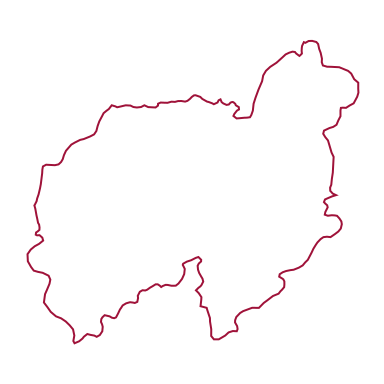 outline of Gomel, Gomel, Belarus, rotated 273°
{"feature_id": "67162791B13261784360532", "entity_name": "Gomel", "entity_type": "district", "adm_level": 2, "iso_a3": "BLR", "parent_name": "Belarus", "parent_adm1": "Gomel", "projection": "albers", "projection_center": [30.956, 52.323], "detail": "fine", "context": "isolated", "style": "outline", "palette": "rose", "viewbox_px": 384, "rotation_deg": 273, "n_neighbors": 0, "source": "geoboundaries", "source_scale": "gbopen_adm2", "svg_char_len": 4085}
<svg xmlns="http://www.w3.org/2000/svg" viewBox="0 0 384 384"><g transform="rotate(273 192 192)"><path d="M170.4,35.3L167.1,36.4L164.5,37.0L160.6,37.9L157.4,38.8L153.1,39.9L151.5,41.0L148.6,41.6L146.2,41.6L144.6,40.0L143.4,38.4L141.2,38.2L140.6,39.5L140.9,42.0L138.6,44.9L135.7,45.9L132.2,42.0L129.6,37.8L126.1,34.0L121.3,31.0L114.2,31.7L108.7,35.2L105.2,38.1L104.2,42.3L103.5,47.1L100.9,53.2L97.1,55.1L92.9,54.5L86.5,52.2L82.3,50.6L73.9,49.9L69.4,53.7L64.9,57.2L60.7,62.7L59.0,67.9L56.1,72.7L52.5,76.8L48.6,80.4L42.5,82.0L37.0,81.3L34.8,82.6L37.0,87.1L39.9,90.3L41.8,91.6L44.7,94.9L44.0,98.1L43.5,102.0L42.4,104.4L44.3,107.4L48.2,109.7L52.7,109.9L55.2,109.1L57.5,107.9L60.4,108.1L62.2,109.1L64.4,111.2L63.5,116.3L62.3,118.5L61.9,120.9L62.8,122.7L66.7,124.5L70.9,126.2L72.6,127.3L75.1,128.7L77.4,132.1L78.7,135.9L78.5,138.7L78.2,140.7L79.4,143.1L83.3,143.7L85.5,143.3L89.6,145.1L91.3,147.7L91.2,150.5L92.1,152.4L94.2,155.0L95.8,157.5L97.9,160.5L98.0,162.6L96.8,164.7L95.5,166.2L96.6,167.7L97.9,170.5L97.9,172.7L97.3,176.5L97.6,180.7L99.9,183.3L104.7,186.6L109.6,188.5L114.8,188.8L117.0,187.6L118.7,186.6L119.9,186.9L122.2,190.5L123.8,194.7L126.4,199.2L127.4,201.8L124.8,204.7L123.1,204.7L120.9,202.5L118.6,201.5L114.7,202.1L111.5,203.4L107.9,205.7L106.0,207.0L103.1,207.9L99.5,206.3L98.2,205.3L96.6,203.4L94.0,201.1L91.4,204.0L87.5,206.9L84.9,206.9L78.4,206.5L77.1,212.7L74.5,213.6L67.1,216.5L63.5,216.8L56.0,218.4L49.2,218.7L46.0,221.6L46.3,226.5L50.4,232.7L53.7,235.9L55.3,240.1L55.3,244.0L57.5,244.7L60.4,244.1L64.0,241.8L66.3,241.8L69.5,242.8L73.7,246.4L75.7,249.3L79.5,258.1L79.8,264.9L85.0,269.5L87.6,272.7L92.4,278.3L95.0,283.8L97.5,285.5L99.1,287.0L101.8,289.0L104.5,289.1L107.6,288.9L109.5,287.8L110.1,287.0L112.0,283.5L114.5,283.9L116.6,286.8L118.0,290.1L119.1,294.3L119.7,297.6L122.0,302.6L124.5,306.4L127.6,308.7L130.3,311.2L137.5,314.5L141.7,316.2L145.9,318.5L148.2,319.9L151.7,322.9L153.8,325.6L154.4,329.1L154.2,332.7L157.5,337.0L160.2,340.2L163.3,342.5L167.7,343.3L170.4,342.7L173.3,340.6L175.8,338.1L176.1,335.8L176.1,332.7L175.4,328.9L176.3,325.8L179.0,326.2L183.8,328.3L185.8,327.7L187.5,325.6L188.8,324.3L191.5,325.2L192.7,327.5L195.0,332.2L196.4,336.0L197.8,332.6L200.4,330.0L203.6,329.7L206.5,330.7L212.6,331.0L218.7,331.6L228.1,331.6L234.5,331.6L238.7,329.3L246.1,326.7L250.6,325.1L253.8,322.2L257.0,320.0L260.2,320.6L263.1,326.0L264.4,329.6L266.7,332.8L271.2,334.4L275.4,336.3L281.2,336.0L283.8,336.3L284.1,338.2L284.1,341.4L286.7,345.0L289.0,348.8L295.8,352.0L299.9,353.0L303.8,352.6L309.9,352.3L313.1,348.1L318.6,344.8L321.1,341.6L324.3,332.5L324.3,324.5L324.2,320.3L325.2,316.1L328.4,314.8L331.9,314.8L337.7,313.2L341.6,311.5L346.4,310.2L348.3,308.3L349.2,304.1L348.9,300.6L346.9,297.4L347.5,295.9L343.7,294.3L341.6,294.1L338.7,294.1L336.0,294.5L334.2,292.9L333.5,292.1L335.8,288.7L337.2,287.5L337.4,285.0L336.2,281.8L334.3,278.3L330.7,274.8L325.5,269.6L321.1,263.6L316.9,259.5L312.1,257.0L306.3,256.2L297.6,253.0L289.5,250.5L283.4,248.9L276.4,248.5L272.0,247.2L269.7,246.0L269.1,242.9L268.9,240.4L268.2,235.8L267.8,232.7L270.1,229.4L272.2,230.2L275.7,232.7L276.9,234.6L279.2,234.3L280.9,231.2L282.3,230.6L283.8,228.7L284.0,227.5L283.3,225.8L281.3,224.2L280.8,221.9L282.1,218.6L283.3,216.9L286.0,215.6L285.0,213.8L282.7,212.8L280.8,209.2L281.6,207.6L282.8,203.8L283.0,202.4L285.5,197.4L287.4,195.3L288.8,190.5L288.6,188.9L286.9,186.8L285.0,185.2L282.8,182.7L281.9,180.4L282.3,176.7L282.1,173.4L281.1,170.3L281.1,166.7L279.8,162.9L279.7,159.0L279.7,156.1L278.4,153.5L276.5,153.5L274.5,151.2L274.5,148.0L274.5,143.8L276.1,139.9L274.2,136.7L273.5,132.5L273.8,129.0L275.1,126.0L275.1,121.2L273.6,116.1L272.7,112.8L273.5,111.0L274.4,107.3L270.5,104.6L268.6,102.3L266.1,99.6L263.4,98.4L257.6,95.7L252.9,94.3L247.9,93.3L244.4,91.2L242.1,87.3L239.2,81.1L238.2,77.6L235.3,72.5L233.0,69.0L229.3,66.1L226.6,64.0L222.1,62.2L218.0,61.2L215.1,59.7L212.6,57.3L211.6,53.7L211.6,49.2L211.6,44.9L209.7,41.8L206.6,41.4L202.9,41.4L197.3,41.0L191.8,40.6L187.5,40.0L181.5,38.9L177.4,37.7L174.7,37.3L170.8,35.6L170.4,35.3Z" fill="none" stroke="#9f1239" stroke-width="2"/></g></svg>